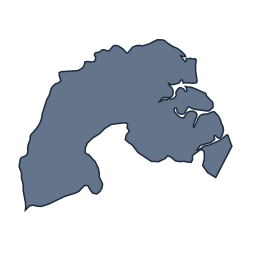 Delta, Mercator projection, rotated 185°
{"feature_id": "NGA-2860", "entity_name": "Delta", "entity_type": "State", "adm_level": 1, "iso_a3": "NGA", "parent_name": "Nigeria", "parent_adm1": "", "projection": "mercator", "projection_center": [5.747, 5.78], "detail": "fine", "context": "isolated", "style": "filled", "palette": "slate", "viewbox_px": 256, "rotation_deg": 185, "n_neighbors": 0, "source": "natural_earth", "source_scale": "10m", "svg_char_len": 3786}
<svg xmlns="http://www.w3.org/2000/svg" viewBox="0 0 256 256"><g transform="rotate(185 128 128)"><path d="M77.6,205.7L76.8,203.9L79.4,204.1L81.8,204.7L80.9,203.3L77.7,199.7L76.4,198.9L76.0,199.5L76.1,201.7L75.7,202.2L74.5,202.2L73.7,202.3L72.0,203.0L70.4,202.3L67.5,202.8L66.2,202.2L66.0,201.2L66.2,196.8L65.7,191.3L63.2,180.5L63.9,178.9L66.6,178.3L74.6,178.1L76.8,177.5L77.1,178.6L77.5,179.4L78.5,180.8L79.5,180.1L80.4,178.3L81.0,177.5L81.7,177.0L85.9,175.4L87.8,175.0L89.6,175.1L90.9,175.9L91.6,175.9L90.7,174.4L87.9,171.9L86.7,170.1L86.3,168.4L86.1,166.5L86.4,164.6L87.1,163.1L88.7,162.1L90.5,161.7L94.5,161.8L96.0,161.1L97.4,159.6L99.0,156.9L97.1,157.7L95.5,159.1L93.8,160.0L91.6,159.4L91.3,159.9L90.6,160.5L90.0,161.1L87.2,160.5L84.4,161.9L82.7,164.6L83.5,167.6L82.1,170.6L80.5,172.4L78.6,172.8L76.0,171.7L75.3,170.9L75.1,170.1L74.7,169.6L73.2,169.4L72.5,170.0L72.9,171.6L73.6,173.3L74.4,174.3L67.5,173.9L54.0,169.4L53.4,168.7L52.9,167.4L52.4,166.7L48.7,163.3L46.2,161.5L45.3,159.0L45.1,156.4L45.4,155.3L46.2,154.8L48.1,152.7L49.2,152.0L50.0,151.8L61.8,152.3L66.2,153.0L68.7,154.4L69.5,154.4L70.7,152.7L72.7,148.4L73.6,147.0L75.1,146.4L77.0,146.4L78.9,147.0L80.1,147.9L80.4,148.7L81.1,151.4L81.4,152.0L82.7,151.9L83.3,151.6L83.5,150.8L83.5,149.5L82.6,147.6L80.5,145.6L78.1,143.9L76.0,142.9L73.8,143.0L72.6,144.2L71.1,147.9L69.9,149.0L67.9,150.0L65.7,150.5L63.8,150.3L61.5,149.1L60.5,147.4L60.6,145.3L62.8,138.8L63.1,137.0L62.9,134.7L62.1,134.7L58.9,143.7L57.6,146.1L56.0,147.6L54.0,148.4L51.1,148.7L49.8,149.0L47.0,150.7L44.0,151.8L43.3,151.5L41.7,150.3L39.8,148.7L38.0,146.3L36.5,143.8L35.3,140.5L34.2,138.8L33.1,136.6L32.7,133.8L33.0,131.4L33.7,128.7L34.8,126.5L36.3,125.6L37.6,126.0L40.0,127.9L40.9,128.2L41.6,127.4L41.3,126.3L40.8,125.1L40.9,123.9L44.7,120.6L54.5,117.0L57.2,112.4L54.8,112.9L50.7,116.5L45.9,118.0L36.9,122.8L35.1,124.0L29.1,129.7L27.9,129.6L23.4,119.8L22.9,119.1L22.9,118.9L36.3,86.3L44.6,90.4L50.3,97.0L49.2,104.9L50.2,111.2L52.5,113.0L54.7,112.1L61.5,106.1L60.9,102.2L62.1,99.2L69.9,99.6L73.5,99.0L77.9,99.4L82.6,102.7L84.8,103.5L85.9,103.8L87.1,102.8L87.8,101.2L94.5,97.1L101.9,96.8L115.8,104.4L122.3,111.5L126.3,113.7L129.7,116.2L129.2,120.7L126.6,124.9L127.2,126.2L128.5,127.4L129.1,128.8L128.7,130.2L128.8,132.1L130.8,132.8L133.0,132.7L144.7,130.2L150.8,125.8L155.7,120.0L162.4,114.9L167.3,109.2L168.7,104.7L168.7,100.0L167.1,98.6L164.9,98.1L157.7,91.5L154.1,85.4L152.7,80.6L152.3,76.6L148.4,69.9L148.8,65.6L150.5,62.2L153.3,59.6L157.4,60.0L160.4,63.1L162.8,67.0L166.2,67.1L171.2,60.8L174.3,58.8L185.6,54.1L200.2,45.4L207.4,42.3L211.7,42.2L215.9,42.9L219.3,41.8L223.1,37.2L223.1,41.0L223.6,44.6L226.9,56.4L227.6,63.0L229.8,68.9L230.2,73.6L230.7,75.2L232.3,78.2L232.9,79.8L233.1,81.5L232.7,86.8L232.3,88.4L231.4,89.4L230.2,90.0L228.7,90.6L226.3,92.5L225.8,95.2L226.2,101.5L224.6,107.6L224.5,108.7L224.7,110.8L224.5,111.9L224.1,112.9L219.3,119.3L217.0,123.4L215.8,126.5L215.0,129.8L214.6,134.9L211.5,148.8L209.1,154.3L208.7,156.8L208.1,160.1L207.5,161.6L206.6,163.0L204.3,165.5L203.6,165.9L201.5,166.8L200.8,167.3L199.6,168.6L198.9,169.1L199.1,169.4L201.1,174.6L201.4,177.2L199.4,178.3L183.9,180.6L182.0,181.3L179.8,182.9L178.7,184.0L177.8,185.1L177.2,186.3L176.9,187.7L176.9,189.4L176.6,190.1L174.5,190.7L169.4,190.6L167.2,191.4L166.2,194.3L166.5,195.7L167.6,197.4L167.9,198.5L167.3,199.7L165.9,200.4L163.0,201.3L162.0,202.1L161.4,202.9L160.5,203.5L158.9,203.9L157.5,203.7L156.0,203.2L154.6,203.0L153.5,203.4L150.1,208.2L148.1,209.2L144.9,208.8L142.5,207.7L139.9,206.3L135.8,202.6L134.3,203.4L130.4,209.0L127.0,210.7L123.4,211.4L121.2,210.9L118.9,211.7L116.7,212.7L114.5,213.4L110.4,216.2L106.1,218.6L104.2,218.5L102.2,218.8L99.2,218.4L97.0,216.6L90.9,213.3L85.4,211.4L80.7,208.4L77.6,205.7Z" fill="#64748b" stroke="#1e293b" stroke-width="1.5"/></g></svg>